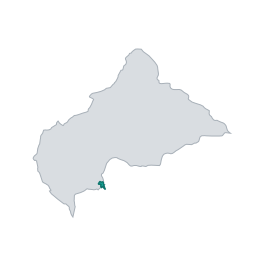 Mongoumba, Lobaye, Central African Republic shown in context, rotated 348°
{"feature_id": "33826404B21321520993489", "entity_name": "Mongoumba", "entity_type": "district", "adm_level": 2, "iso_a3": "CAF", "parent_name": "Central African Republic", "parent_adm1": "Lobaye", "projection": "robinson", "projection_center": [18.556, 3.707], "detail": "fine", "context": "in_parent", "style": "filled", "palette": "teal", "viewbox_px": 256, "rotation_deg": 348, "n_neighbors": 0, "source": "geoboundaries", "source_scale": "gbopen_adm2", "svg_char_len": 4681}
<svg xmlns="http://www.w3.org/2000/svg" viewBox="0 0 256 256"><g transform="rotate(348 128 128)"><path d="M175.6,92.3L177.9,93.0L178.3,93.8L177.7,96.3L178.1,97.9L179.4,99.3L180.6,99.8L181.9,100.2L186.2,101.0L187.9,101.9L190.3,104.9L193.3,107.6L194.0,109.1L193.8,110.4L193.0,112.0L193.1,112.6L194.5,114.2L196.0,115.9L198.9,117.7L203.8,120.5L206.1,122.4L206.8,123.9L208.1,125.4L209.9,126.9L211.1,128.0L210.3,131.1L210.5,132.1L211.0,133.0L212.0,134.2L212.4,135.8L213.4,137.8L214.6,138.7L216.7,139.0L217.8,139.9L220.0,141.5L222.1,142.8L223.1,143.8L223.6,144.6L224.1,145.6L224.4,146.5L224.5,148.7L224.8,151.3L226.0,153.1L227.1,154.4L222.7,152.9L222.0,152.8L221.2,153.1L218.9,155.0L218.2,155.2L215.3,154.8L208.3,153.3L202.9,151.9L201.3,151.4L198.4,150.9L196.5,151.9L194.7,155.2L194.2,155.9L191.4,156.9L190.0,156.6L186.8,157.5L181.8,156.1L180.0,156.4L178.6,157.1L175.0,158.6L172.8,159.5L170.2,160.3L167.8,161.5L166.2,162.1L164.6,162.1L163.2,161.4L161.6,160.8L159.7,160.7L157.7,161.1L156.1,162.4L155.4,163.4L154.0,165.9L152.3,170.0L151.6,170.8L151.0,171.3L143.1,169.2L139.8,168.7L137.5,169.4L134.6,168.2L133.4,168.0L132.8,168.4L131.2,167.9L128.6,166.5L126.1,165.9L123.9,166.1L122.5,165.6L121.4,164.2L120.0,161.7L117.4,159.2L114.0,157.2L111.9,155.7L111.0,154.7L109.2,154.2L106.3,154.1L103.6,155.1L99.7,158.2L96.1,164.5L94.1,167.0L92.5,167.6L92.1,169.2L92.9,171.6L93.1,174.4L92.5,179.2L92.7,182.7L91.9,182.1L91.0,180.5L90.7,180.1L88.3,180.9L87.0,181.5L86.4,182.2L85.9,182.3L85.1,181.4L84.5,181.2L83.6,181.4L82.6,181.4L82.0,181.3L81.6,181.3L80.4,180.8L76.3,179.5L75.6,179.0L74.8,179.1L72.7,180.2L71.5,180.6L68.2,181.3L64.5,181.6L63.1,181.7L62.2,182.2L61.5,182.9L60.4,187.3L60.1,188.1L60.2,189.2L59.8,192.7L60.0,193.9L55.6,203.6L54.9,202.0L54.4,200.1L54.3,197.9L54.4,197.3L54.1,196.7L53.7,194.9L54.1,193.7L53.8,192.5L52.9,191.3L52.2,190.4L51.7,189.6L51.4,189.3L50.5,189.2L49.4,188.7L44.5,183.0L39.5,176.6L38.5,174.5L38.1,173.3L39.3,173.2L39.6,173.0L39.6,172.4L38.9,170.8L38.5,168.7L37.9,167.4L35.9,165.4L34.0,163.9L33.4,163.2L33.1,162.1L32.4,155.2L32.1,153.2L31.5,152.3L31.1,151.9L30.9,151.4L31.0,150.2L31.2,149.1L31.2,148.7L31.7,147.7L31.7,141.3L31.1,140.4L30.0,140.4L29.4,139.5L28.9,138.3L29.1,137.5L30.2,136.2L30.9,135.7L33.0,134.6L33.6,134.1L34.0,133.5L34.3,132.6L35.5,129.3L37.4,126.1L38.2,125.4L40.0,120.5L40.5,119.3L40.8,118.1L41.4,117.1L43.4,115.4L45.0,112.6L46.6,112.7L48.3,113.2L50.5,113.4L52.3,112.9L53.4,111.7L58.7,109.8L59.1,108.3L59.9,107.5L60.9,106.7L61.2,106.7L61.3,107.2L61.9,108.8L63.1,110.4L64.9,112.1L65.4,112.0L66.5,110.7L69.3,109.9L70.0,109.5L71.9,107.6L74.3,106.3L75.7,105.9L78.1,104.6L79.8,104.8L82.5,104.6L87.1,104.0L90.4,103.8L92.0,103.5L92.4,103.3L93.1,101.4L93.6,100.9L94.8,100.1L97.2,97.3L98.8,94.9L99.3,94.1L99.6,93.9L100.3,93.0L99.6,91.9L96.9,89.8L97.0,89.6L96.8,89.2L97.0,88.9L98.0,88.1L99.4,87.1L100.9,86.7L104.8,86.8L108.1,86.6L108.9,86.6L111.4,86.1L113.2,85.7L115.0,84.7L119.1,84.8L122.5,82.2L123.5,81.8L124.0,81.4L124.1,81.0L125.7,80.0L127.5,77.9L128.9,76.0L129.3,74.6L133.1,70.1L134.5,70.2L135.2,69.7L136.7,66.6L137.2,66.1L138.8,65.5L139.5,64.7L140.2,63.3L140.2,61.7L139.9,60.4L139.9,59.7L140.2,59.1L140.8,58.5L143.8,56.9L144.5,56.1L145.0,55.4L145.8,55.3L146.7,55.4L147.3,54.9L147.9,54.2L149.9,53.2L151.8,52.4L153.8,52.7L157.4,53.7L158.5,55.9L159.0,56.7L163.5,61.7L164.3,63.0L166.5,66.7L167.9,69.2L169.4,72.7L169.6,74.7L169.4,76.4L169.1,81.1L168.7,82.5L166.8,85.0L166.7,86.2L167.1,87.1L167.7,87.5L168.1,88.0L167.8,90.2L168.5,91.1L170.0,91.6L173.7,92.0L175.6,92.3Z" fill="#d9dde1" stroke="#a8b0b8" stroke-width="1"/><path d="M91.3,175.4L91.0,175.5L90.6,175.5L90.4,175.4L90.2,175.2L89.9,174.9L89.7,174.7L89.3,174.6L89.1,174.8L88.9,175.0L88.5,175.2L88.0,175.9L87.5,176.4L87.6,176.8L88.0,177.0L88.3,177.0L88.7,177.1L89.1,177.4L89.3,177.5L89.5,177.5L89.7,177.4L89.8,177.3L90.0,177.5L89.9,177.6L89.8,177.8L89.8,178.0L89.7,178.2L89.6,178.5L89.4,178.8L89.3,179.1L89.4,179.3L89.4,179.5L89.2,179.9L89.7,180.6L89.8,180.5L90.0,180.6L90.3,180.4L90.3,180.2L90.5,180.1L90.6,179.9L90.8,179.8L91.0,180.0L91.3,180.3L91.5,180.4L91.5,180.5L91.7,180.8L91.7,181.0L91.8,181.3L91.9,181.5L92.0,181.5L92.2,181.8L92.3,181.9L92.3,182.0L92.4,182.3L92.5,182.4L92.5,182.5L92.7,182.8L92.8,182.7L92.9,182.8L93.0,182.8L93.0,182.7L92.9,182.4L92.9,182.2L92.7,182.0L92.7,181.9L92.7,181.7L92.7,181.4L92.7,181.2L92.7,180.9L92.7,180.7L92.6,180.4L92.6,180.2L92.6,179.9L92.5,179.7L92.5,179.3L92.4,179.1L92.5,179.0L92.4,179.0L92.4,178.8L92.4,178.7L92.4,178.4L92.4,178.2L92.3,177.9L92.3,177.7L92.2,177.5L92.2,177.4L92.3,177.4L92.3,177.2L92.4,176.9L92.5,176.8L92.5,176.7L92.5,176.4L92.5,176.1L92.5,175.9L91.8,175.4L91.6,175.3L91.3,175.4Z" fill="#14b8a6" stroke="#0f766e" stroke-width="1.5"/></g></svg>